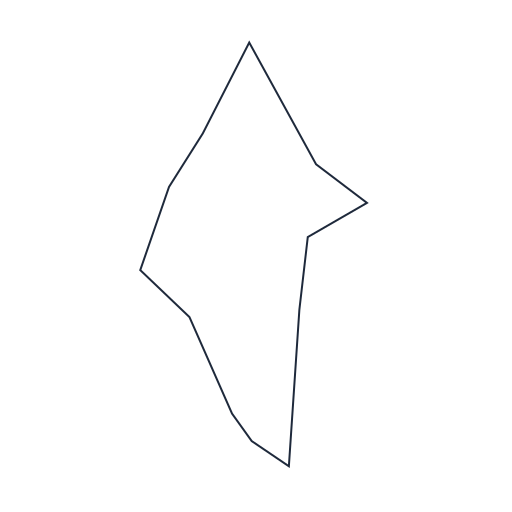 an SVG outline of Stopinu, rotated 263°
{"feature_id": "LVA-5780", "entity_name": "Stopinu", "entity_type": "Municipality", "adm_level": 1, "iso_a3": "LVA", "parent_name": "Latvia", "parent_adm1": "", "projection": "natural_earth1", "projection_center": [24.31, 56.933], "detail": "fine", "context": "isolated", "style": "outline", "palette": "slate", "viewbox_px": 512, "rotation_deg": 263, "n_neighbors": 0, "source": "natural_earth", "source_scale": "10m", "svg_char_len": 319}
<svg xmlns="http://www.w3.org/2000/svg" viewBox="0 0 512 512"><g transform="rotate(263 256 256)"><path d="M43.3,263.0L72.8,229.2L102.5,213.0L203.5,182.5L256.1,139.4L335.2,178.1L384.1,218.1L468.7,275.3L339.7,326.8L295.2,372.6L268.5,309.7L197.4,292.5L43.3,263.0Z" fill="none" stroke="#1e293b" stroke-width="2"/></g></svg>